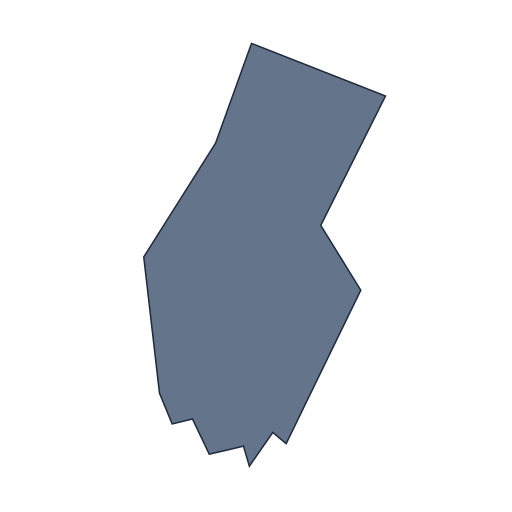 outline of Kapoeta North, Eastern Equatoria, South Sudan, rotated 12°
{"feature_id": "79223893B90459000801703", "entity_name": "Kapoeta North", "entity_type": "district", "adm_level": 2, "iso_a3": "SSD", "parent_name": "South Sudan", "parent_adm1": "Eastern Equatoria", "projection": "natural_earth1", "projection_center": [33.472, 5.308], "detail": "fine", "context": "isolated", "style": "filled", "palette": "slate", "viewbox_px": 512, "rotation_deg": 12, "n_neighbors": 0, "source": "geoboundaries", "source_scale": "gbopen_adm2", "svg_char_len": 360}
<svg xmlns="http://www.w3.org/2000/svg" viewBox="0 0 512 512"><g transform="rotate(12 256 256)"><path d="M324.5,433.3L365.6,267.7L313.0,212.6L349.4,72.6L207.4,49.0L193.0,154.0L146.4,280.3L190.1,410.2L190.5,410.8L208.9,437.7L227.7,428.6L251.5,459.6L283.3,444.6L293.2,463.0L309.1,425.1L324.5,433.3Z" fill="#64748b" stroke="#1e293b" stroke-width="1.5"/></g></svg>